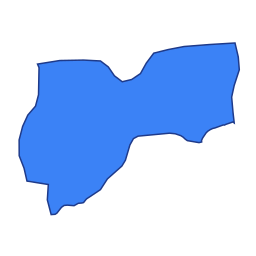 the Province of Tekirdag, rotated 3°
{"feature_id": "TUR-2242", "entity_name": "Tekirdag", "entity_type": "Province", "adm_level": 1, "iso_a3": "TUR", "parent_name": "Turkey", "parent_adm1": "", "projection": "albers", "projection_center": [27.493, 41.027], "detail": "fine", "context": "isolated", "style": "filled", "palette": "blue", "viewbox_px": 256, "rotation_deg": 3, "n_neighbors": 0, "source": "natural_earth", "source_scale": "10m", "svg_char_len": 984}
<svg xmlns="http://www.w3.org/2000/svg" viewBox="0 0 256 256"><g transform="rotate(3 128 128)"><path d="M233.8,117.4L232.4,116.5L225.4,119.3L224.3,120.0L222.9,120.0L214.8,123.4L212.7,124.0L210.2,125.3L207.9,127.0L206.3,128.7L203.1,134.0L202.1,136.5L202.3,138.1L199.7,138.9L187.9,137.5L185.7,136.1L183.6,134.3L181.2,132.9L175.5,131.3L169.8,131.0L138.5,135.6L134.0,138.3L130.8,144.8L127.1,160.3L123.9,166.3L110.1,179.9L103.7,191.0L90.5,200.8L89.7,201.7L88.1,204.0L87.5,204.8L85.9,205.3L82.3,205.8L78.2,208.4L71.4,208.2L68.2,208.7L65.7,210.7L61.4,216.8L59.7,218.0L55.8,218.5L51.2,204.0L51.4,188.6L29.9,186.3L26.3,173.6L20.8,161.4L19.9,145.6L22.7,131.9L27.3,120.3L34.5,111.0L36.9,99.5L36.0,72.4L34.3,68.9L56.3,64.2L80.1,62.5L97.0,62.5L105.1,68.0L111.7,76.6L119.8,82.1L129.1,79.4L137.6,73.0L142.9,62.2L149.8,51.9L163.9,47.6L179.7,43.7L204.9,40.4L230.4,37.5L234.4,51.3L236.1,64.0L231.8,80.0L229.9,91.7L232.0,106.6L233.8,117.4Z" fill="#3b82f6" stroke="#1e3a8a" stroke-width="1.5"/></g></svg>